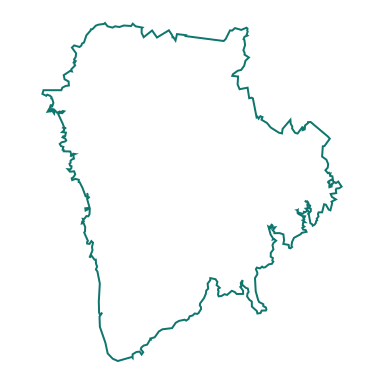 WaitÄkere Ranges Local Board Area, Auckland, New Zealand (orthographic projection)
{"feature_id": "76426892B98769695069148", "entity_name": "WaitÄkere Ranges Local Board Area", "entity_type": "district", "adm_level": 2, "iso_a3": "NZL", "parent_name": "New Zealand", "parent_adm1": "Auckland", "projection": "orthographic", "projection_center": [174.557, -36.943], "detail": "fine", "context": "isolated", "style": "outline", "palette": "teal", "viewbox_px": 384, "rotation_deg": 0, "n_neighbors": 0, "source": "geoboundaries", "source_scale": "gbopen_adm2", "svg_char_len": 5854}
<svg xmlns="http://www.w3.org/2000/svg" viewBox="0 0 384 384"><path d="M43.5,90.2L42.4,93.9L46.3,95.8L47.3,94.7L50.1,95.8L51.6,97.3L51.3,98.5L52.3,99.1L53.4,102.9L52.2,106.5L50.3,107.0L47.6,111.7L49.6,111.4L50.9,108.8L50.9,109.7L51.7,109.4L50.9,110.1L51.1,111.2L52.3,110.6L52.1,109.1L53.8,109.3L57.1,112.7L59.7,111.5L60.8,112.1L62.9,111.0L64.2,111.3L62.2,113.2L59.7,112.8L58.3,114.2L62.8,123.9L63.9,126.8L63.2,127.6L66.1,128.1L64.0,128.7L64.0,130.5L62.2,132.1L65.9,132.6L65.2,136.0L63.2,136.3L62.5,137.3L65.2,138.5L66.2,140.4L65.3,141.4L61.6,142.3L59.1,144.5L60.0,144.2L61.0,146.1L63.4,146.9L62.6,149.8L63.7,150.1L63.7,151.3L70.3,151.5L71.2,154.3L70.6,156.6L73.2,153.7L75.0,154.0L73.6,154.5L73.5,158.3L74.7,158.3L71.5,159.7L70.5,160.9L70.6,162.8L69.5,163.7L70.0,165.6L71.5,166.2L71.3,168.2L70.2,169.4L67.8,169.2L70.0,171.7L74.1,171.3L75.2,174.3L73.6,177.0L71.7,178.3L72.2,180.1L75.4,178.9L78.8,179.8L78.7,182.1L79.7,182.3L82.5,187.9L85.6,196.3L86.9,196.8L87.6,194.8L87.0,193.1L87.7,194.7L87.4,197.6L89.6,197.0L87.1,198.9L89.8,208.5L89.5,214.2L88.3,216.3L86.4,216.1L84.3,218.9L82.8,218.8L83.7,221.1L82.3,221.4L81.8,223.5L83.6,223.1L85.2,227.1L85.0,231.4L84.2,232.6L87.9,240.9L87.0,242.3L87.2,243.6L89.5,243.9L91.4,241.1L93.0,242.7L92.0,246.9L92.5,250.4L89.5,257.6L91.6,255.7L94.5,259.7L95.8,259.7L96.0,263.6L97.1,266.6L95.9,269.5L97.4,271.4L99.8,283.5L98.8,301.5L99.1,312.6L99.9,314.7L102.2,312.7L99.5,316.6L99.9,326.9L105.4,342.8L107.7,353.5L112.7,358.7L117.8,361.0L131.8,357.0L132.6,357.9L132.6,354.3L136.4,352.0L139.6,351.6L141.6,354.5L143.2,352.2L140.8,349.2L141.3,347.6L143.6,345.6L147.2,344.6L149.9,339.9L150.9,339.7L150.4,338.5L154.7,337.3L158.8,331.5L162.4,329.3L172.1,328.1L175.7,322.8L179.0,320.9L184.6,319.7L186.2,320.6L188.6,318.9L189.6,316.3L192.6,315.5L194.7,313.5L197.3,313.9L198.6,313.0L201.1,309.0L200.9,307.0L199.8,305.4L200.1,303.4L203.9,298.3L205.8,293.9L206.3,290.5L208.2,288.7L207.6,283.6L210.2,280.3L210.3,278.1L215.5,279.2L217.4,281.9L216.6,285.1L219.7,287.8L218.2,288.8L218.0,290.2L218.6,291.1L218.0,294.6L218.7,296.3L221.4,296.0L224.5,294.2L227.1,294.9L231.8,290.8L234.7,292.0L236.7,294.0L243.1,293.9L243.1,290.7L240.4,287.0L241.2,286.6L240.8,282.9L242.6,280.1L242.1,283.6L242.6,285.1L245.9,287.9L247.8,288.5L248.6,292.0L247.5,293.4L247.1,296.4L249.3,299.7L251.8,301.5L251.9,306.6L256.8,311.0L257.4,313.5L260.5,313.1L261.7,310.6L265.9,310.5L266.4,309.5L265.9,307.5L263.3,306.1L263.3,304.2L259.1,302.0L258.1,299.9L255.7,291.2L255.0,278.1L257.3,274.3L257.3,272.5L255.9,269.2L256.8,267.6L259.9,268.4L262.1,266.6L263.2,267.5L265.1,267.3L268.7,264.4L271.9,263.8L273.3,261.6L272.3,260.6L272.9,258.1L270.7,256.7L270.8,252.8L273.4,249.4L272.5,245.1L273.5,242.9L276.1,240.7L274.1,239.0L272.8,239.5L273.1,238.5L270.6,234.5L268.7,227.6L269.5,228.4L269.1,227.1L270.3,227.9L269.9,226.6L272.2,225.7L270.8,224.4L271.9,224.8L272.5,225.7L271.3,226.6L272.3,227.7L275.1,227.3L272.8,230.3L274.4,232.0L274.4,233.2L279.7,233.1L283.4,234.4L284.1,240.3L283.3,243.9L288.6,244.9L289.1,247.9L290.4,248.3L292.1,247.0L291.5,246.0L292.0,242.1L294.0,237.8L300.7,234.2L301.7,232.9L306.5,231.8L305.6,230.0L303.2,229.6L302.3,227.9L304.3,226.6L302.8,225.5L303.0,223.3L303.3,222.2L305.0,222.2L302.7,220.3L304.2,219.6L303.4,218.0L304.4,217.7L305.0,216.3L302.5,216.1L298.4,213.9L297.7,213.2L297.5,211.5L297.7,210.0L297.4,210.2L297.2,210.1L297.7,210.0L297.8,211.7L298.7,212.6L302.5,213.8L303.6,213.2L303.9,211.8L305.4,212.1L306.8,211.0L306.9,209.2L306.6,208.9L306.0,208.8L305.8,208.6L308.0,208.2L307.3,204.8L307.9,202.7L307.1,201.5L306.6,201.8L306.0,201.8L304.9,200.6L306.1,201.6L307.2,201.3L308.1,202.4L309.1,205.2L310.1,205.6L309.4,208.2L310.8,208.9L310.8,211.2L309.4,212.6L308.6,211.6L308.8,213.9L307.4,213.4L308.8,214.4L310.4,223.2L312.3,224.4L312.7,225.7L314.5,224.8L315.8,223.0L316.1,221.1L317.2,220.3L316.7,218.7L318.5,216.6L318.0,214.0L318.6,212.3L322.1,212.3L324.1,204.3L325.9,204.7L328.7,209.6L330.4,210.3L332.2,203.1L331.5,201.7L335.9,199.4L331.9,196.9L330.7,194.0L336.2,193.1L335.8,189.6L336.4,188.6L339.3,188.2L341.6,186.6L338.2,181.6L335.9,183.1L334.6,182.1L331.7,184.1L332.1,184.7L330.8,186.1L331.3,186.6L329.4,187.2L329.3,185.8L330.2,185.2L328.2,182.4L329.0,182.1L328.6,181.4L331.4,179.7L333.1,180.9L332.4,176.3L330.1,175.8L330.4,173.7L329.7,174.1L329.0,172.7L327.8,173.1L325.4,170.2L327.7,167.7L328.2,164.2L326.4,159.7L322.1,156.6L322.8,146.3L324.5,146.0L329.8,138.7L328.1,136.7L310.6,122.0L308.0,122.2L308.0,123.1L305.1,125.4L304.7,129.4L302.7,130.1L302.9,127.4L302.3,127.2L297.6,133.5L296.2,133.2L294.9,132.6L292.1,128.5L292.3,126.5L290.7,123.8L290.4,119.8L282.6,128.9L282.0,133.4L278.9,132.7L270.7,127.5L267.0,123.0L261.5,119.7L262.5,117.1L260.4,116.2L258.6,118.6L257.5,116.7L256.6,117.4L252.9,98.4L251.7,97.7L249.2,98.2L247.6,87.7L239.6,89.2L237.6,84.4L238.1,76.5L232.3,75.9L232.9,74.3L237.6,70.8L241.2,69.9L244.2,65.7L245.5,60.7L248.9,57.5L244.5,54.6L244.7,53.1L243.4,50.2L245.1,45.0L244.4,40.0L243.5,39.2L244.5,36.8L247.5,35.5L246.6,34.8L247.7,31.6L247.2,30.7L247.5,28.6L246.5,27.7L241.3,29.9L235.0,28.1L232.1,30.6L230.0,30.4L225.7,39.0L223.7,41.0L185.7,36.1L186.1,35.2L177.0,34.1L175.5,40.5L173.3,37.1L172.5,37.3L172.2,35.4L168.9,30.3L157.0,37.5L152.1,30.5L143.7,37.2L141.6,32.9L141.7,28.4L142.5,27.6L135.6,26.3L132.8,23.7L131.1,26.0L123.8,25.5L119.5,27.0L115.0,26.3L112.6,27.6L107.5,26.3L105.0,23.0L104.0,23.9L98.3,24.7L95.9,25.6L92.4,29.2L90.9,29.3L90.6,30.5L86.4,35.3L84.0,42.5L82.0,43.6L81.3,45.6L79.5,47.0L74.2,45.4L71.9,47.6L76.1,53.3L75.7,57.0L74.1,59.4L74.8,60.4L74.0,61.9L75.4,61.6L74.2,63.7L75.1,65.4L71.2,69.4L71.9,71.4L70.0,71.0L63.7,75.2L64.6,79.3L68.6,81.5L68.9,85.5L65.5,86.0L62.3,87.7L61.3,90.2L43.5,90.2ZM87.9,208.0L85.3,208.3L85.6,210.5L88.6,208.9L87.9,208.0ZM54.1,113.5L54.5,111.1L53.9,110.9L53.2,112.2L54.1,113.5ZM51.2,106.3L51.3,105.2L50.7,105.2L50.4,106.1L51.2,106.3Z" fill="none" stroke="#0f766e" stroke-width="2"/></svg>